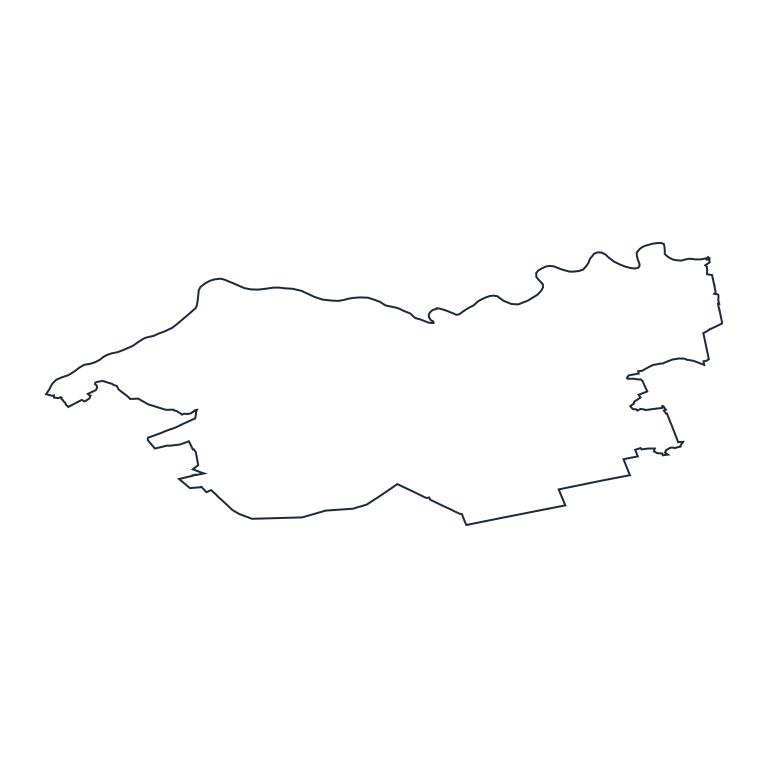 Inčukalna pag., Incukalna, Latvia (Natural Earth projection)
{"feature_id": "27541924B15420953468382", "entity_name": "Inčukalna pag.", "entity_type": "district", "adm_level": 2, "iso_a3": "LVA", "parent_name": "Latvia", "parent_adm1": "Incukalna", "projection": "natural_earth1", "projection_center": [24.654, 57.105], "detail": "fine", "context": "isolated", "style": "outline", "palette": "slate", "viewbox_px": 768, "rotation_deg": 0, "n_neighbors": 0, "source": "geoboundaries", "source_scale": "gbopen_adm2", "svg_char_len": 5949}
<svg xmlns="http://www.w3.org/2000/svg" viewBox="0 0 768 768"><path d="M353.0,508.7L366.7,504.6L378.9,496.7L386.0,491.9L390.1,489.1L397.4,484.1L411.9,491.0L426.3,498.0L429.2,497.5L430.2,499.7L436.4,502.7L442.0,505.4L451.3,509.7L451.2,509.7L455.6,511.9L460.0,513.9L460.7,513.9L461.9,514.1L464.9,521.8L466.3,525.0L491.6,519.9L503.5,517.5L523.0,513.7L537.1,510.9L565.3,505.4L558.7,489.4L603.9,480.2L629.9,475.2L627.0,468.0L623.5,459.2L637.8,456.4L635.2,449.8L640.6,448.1L641.6,449.4L648.6,448.5L654.8,448.5L653.9,451.3L657.3,453.2L662.3,453.5L662.8,455.3L668.0,454.6L665.0,452.6L666.1,450.2L669.2,448.3L671.3,447.6L673.6,447.7L674.6,448.2L675.6,447.8L680.7,446.5L680.5,445.5L683.1,441.9L679.1,442.0L678.2,442.2L675.6,435.4L675.2,434.6L674.3,432.1L670.9,423.3L670.5,422.7L669.7,420.6L668.9,418.4L667.0,413.7L666.1,413.7L663.9,410.5L665.9,409.7L665.3,409.1L664.5,408.1L664.2,407.2L662.9,406.0L662.2,406.1L662.3,407.8L662.2,407.9L651.1,409.3L645.2,410.1L644.9,409.6L640.6,408.9L637.4,410.6L636.1,409.3L632.7,409.1L630.3,406.1L634.0,403.5L634.1,403.3L633.8,403.1L633.8,402.5L634.0,402.0L634.6,401.4L636.3,400.3L640.5,397.5L638.6,394.8L647.2,391.5L647.3,391.4L646.4,389.5L643.8,384.0L642.8,381.5L642.6,381.0L641.4,380.0L640.6,379.4L640.3,379.3L638.3,379.5L634.6,378.8L627.5,378.7L626.9,377.7L628.8,375.4L638.7,373.5L638.2,371.2L642.1,370.8L648.1,367.4L653.4,364.8L655.5,364.6L661.0,363.5L663.0,363.5L663.2,363.3L666.3,361.9L672.2,359.6L679.5,358.4L682.2,358.7L682.9,358.4L685.3,359.0L687.3,359.9L689.8,360.1L690.8,360.4L693.7,360.9L704.2,364.9L703.5,361.3L706.3,360.8L708.8,359.3L706.1,346.1L703.3,333.1L707.1,331.2L710.2,328.9L710.4,329.1L721.9,323.6L721.9,321.6L720.8,316.5L719.4,309.7L719.3,309.8L718.0,303.8L719.2,303.9L718.3,300.6L718.5,295.8L718.0,294.4L714.3,293.8L714.5,293.6L715.2,293.1L715.5,292.6L715.6,292.2L715.5,291.7L715.4,290.9L715.4,290.6L714.9,289.0L714.6,286.7L714.4,285.8L714.4,285.4L714.4,285.1L714.2,285.1L712.1,275.1L707.0,274.2L707.1,271.5L707.1,269.3L706.8,266.7L705.3,265.3L709.6,262.4L709.5,260.7L709.3,260.5L709.2,260.2L709.1,259.9L708.9,259.6L709.0,259.5L708.7,259.5L707.4,259.6L706.8,259.6L706.5,259.6L706.2,259.3L707.1,259.1L707.7,258.9L708.6,258.2L709.0,257.8L708.8,257.7L708.1,257.0L706.6,258.2L703.2,258.9L700.7,259.4L695.8,259.4L689.5,258.7L685.2,259.5L681.5,260.6L678.4,260.4L673.4,259.7L670.0,258.2L667.0,256.1L664.7,253.9L664.8,251.3L664.6,247.6L663.9,244.1L661.2,243.0L657.0,243.1L651.5,243.9L648.3,245.0L645.0,245.8L642.3,247.1L639.7,249.0L638.1,250.8L636.7,252.9L636.8,255.7L637.8,259.4L639.4,263.8L639.5,266.0L638.2,267.8L634.7,268.5L630.5,268.0L625.3,266.6L620.3,264.7L614.2,261.7L608.7,257.6L605.8,254.7L601.7,252.6L598.1,252.3L595.3,253.1L593.6,254.2L592.6,255.7L590.0,258.7L588.2,263.3L586.4,265.9L583.1,269.6L579.0,271.0L572.5,271.7L569.0,271.5L561.3,269.3L553.7,266.3L549.3,265.9L545.9,266.5L541.3,268.7L538.3,270.5L536.2,273.0L536.4,277.1L539.5,280.7L542.8,284.1L543.0,287.4L541.2,290.7L537.5,294.7L532.1,298.0L528.1,300.5L518.3,304.4L511.4,304.0L503.5,300.8L497.3,296.2L493.6,295.6L489.6,296.1L485.1,297.7L482.0,299.1L478.1,301.3L473.6,305.4L469.8,307.2L463.4,311.2L459.3,314.3L456.1,314.8L453.8,313.6L450.7,312.4L446.8,310.8L444.8,310.1L440.6,308.9L440.2,308.7L439.7,308.6L438.9,308.5L438.1,308.4L436.4,308.4L436.3,309.1L434.9,309.3L432.7,310.1L431.1,311.2L429.9,312.6L428.8,314.8L429.0,317.3L430.9,320.2L432.7,321.1L433.4,321.7L433.5,321.9L433.3,322.3L433.4,323.0L429.4,322.8L427.7,322.3L423.8,320.8L420.0,319.3L415.5,318.1L413.8,316.8L410.3,313.5L403.3,310.7L399.5,308.8L395.2,307.4L389.6,306.3L385.6,305.5L380.2,302.0L374.8,299.9L368.0,297.7L360.3,297.4L353.2,297.9L348.6,298.7L343.3,300.1L338.0,300.9L331.8,300.6L322.9,299.6L322.2,299.5L314.2,296.8L301.6,290.9L292.7,288.8L284.7,288.3L279.4,287.6L273.6,287.6L266.0,288.7L258.2,289.6L251.0,289.4L244.3,288.1L231.7,282.6L224.0,279.5L220.6,278.7L215.0,279.3L210.3,280.6L205.7,283.0L200.7,286.8L200.0,287.7L198.7,290.7L197.7,300.4L196.9,305.2L195.7,308.1L187.4,315.3L181.7,320.1L176.3,324.7L172.2,327.8L164.7,331.4L158.0,333.8L153.9,335.8L147.6,337.2L144.9,338.0L142.0,339.6L137.7,342.4L133.2,345.6L124.8,349.4L118.2,352.0L111.2,353.5L107.2,354.9L103.7,356.7L99.8,359.8L95.1,362.2L90.3,363.8L84.1,364.8L78.9,367.9L76.1,370.2L71.1,373.5L67.9,375.4L66.1,375.9L61.7,377.4L56.2,379.8L52.4,383.6L51.0,385.9L49.5,389.1L46.1,394.2L47.8,394.6L48.6,394.9L52.7,395.9L54.0,395.4L54.0,395.7L54.0,397.5L57.9,398.2L60.9,397.2L61.4,397.6L61.2,397.8L61.1,398.1L61.1,398.3L61.3,398.7L62.9,400.2L63.1,400.6L63.2,400.8L63.6,401.5L63.9,401.6L64.5,402.1L65.1,402.7L65.4,403.3L65.6,403.7L65.7,404.0L65.9,404.6L66.1,405.0L66.6,405.4L67.5,406.0L67.7,406.3L68.2,407.0L74.8,403.5L81.7,399.9L84.5,401.4L86.2,400.6L89.4,398.4L90.5,395.8L88.7,394.8L87.8,393.9L95.9,390.1L97.0,387.8L96.6,385.3L95.0,384.1L95.4,382.6L96.3,382.1L102.5,380.9L112.4,384.0L113.4,384.8L116.9,386.1L118.7,389.6L126.5,395.5L127.4,396.2L130.3,399.0L138.1,398.6L148.1,404.3L165.8,409.8L173.6,409.7L174.3,410.5L176.7,411.1L181.2,413.9L181.9,414.7L183.9,413.8L185.9,413.7L186.7,414.1L187.1,414.1L190.9,413.3L191.0,413.3L191.9,412.5L194.3,411.2L194.3,410.8L194.5,410.5L194.8,410.3L195.1,410.2L196.1,410.0L196.9,409.9L196.5,410.6L196.3,411.3L196.1,412.2L195.6,416.3L195.2,418.4L193.8,419.0L184.5,423.2L175.8,427.4L172.0,428.9L171.6,428.8L163.4,431.9L162.9,432.3L160.0,433.4L148.0,437.7L147.8,439.0L147.7,440.0L148.6,441.1L154.9,448.5L161.0,447.1L167.0,445.6L170.2,445.7L179.6,444.6L188.9,441.3L192.2,448.1L192.9,449.5L193.9,449.4L195.9,452.4L196.3,454.9L196.7,457.0L198.2,465.2L197.6,465.6L192.8,469.3L201.2,472.5L204.0,473.4L195.6,475.1L195.4,474.7L192.5,475.4L192.7,475.8L184.0,477.8L179.1,479.0L180.6,480.3L183.8,482.9L187.4,486.0L190.0,488.1L200.7,487.2L201.2,486.8L201.4,486.9L206.5,492.2L210.0,490.6L211.1,490.0L214.5,493.2L216.9,495.4L217.0,495.7L224.2,502.3L226.9,504.8L232.4,510.0L239.3,514.0L252.0,518.8L302.0,517.4L303.6,517.0L325.7,510.6L353.0,508.7Z" fill="none" stroke="#1e293b" stroke-width="2"/></svg>